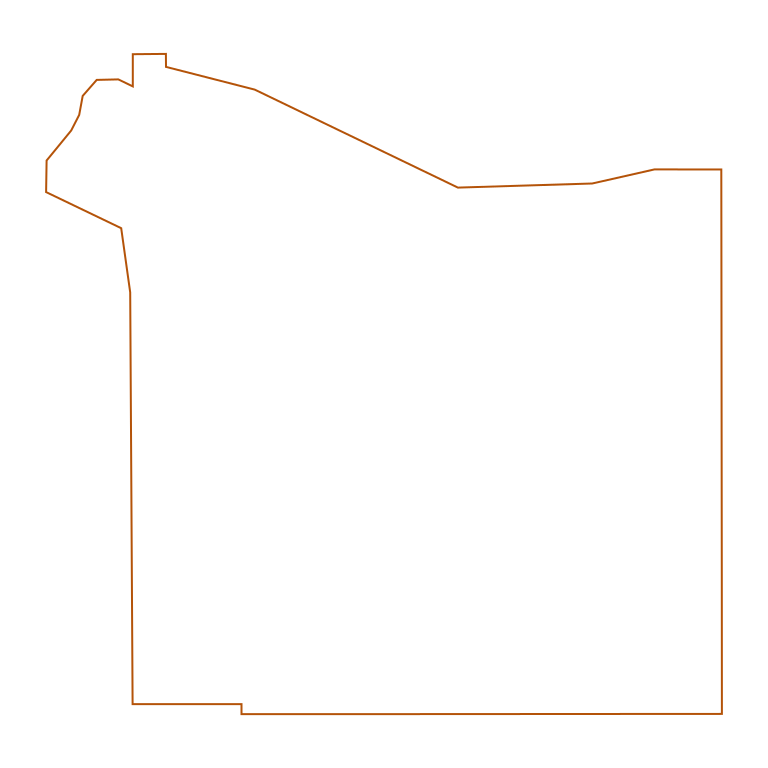 the district of 85, Ar Rayyān, Qatar
{"feature_id": "91078587B12839905472934", "entity_name": "85", "entity_type": "district", "adm_level": 2, "iso_a3": "QAT", "parent_name": "Qatar", "parent_adm1": "Ar Rayyān", "projection": "albers", "projection_center": [50.97, 25.364], "detail": "fine", "context": "isolated", "style": "outline", "palette": "amber", "viewbox_px": 768, "rotation_deg": 0, "n_neighbors": 0, "source": "geoboundaries", "source_scale": "gbopen_adm2", "svg_char_len": 448}
<svg xmlns="http://www.w3.org/2000/svg" viewBox="0 0 768 768"><path d="M132.6,704.1L241.5,704.1L241.5,714.1L417.6,714.1L721.9,713.9L721.8,577.9L721.6,416.5L721.3,169.5L654.5,169.4L592.2,183.5L457.9,187.6L323.9,123.0L254.7,89.6L166.0,66.9L165.9,53.9L132.8,54.2L132.8,86.4L118.3,79.4L96.7,79.9L82.7,95.9L79.2,114.9L71.2,130.5L53.6,152.0L46.6,160.5L46.1,192.1L121.2,228.2L130.2,292.4L132.6,704.1Z" fill="none" stroke="#b45309" stroke-width="2"/></svg>